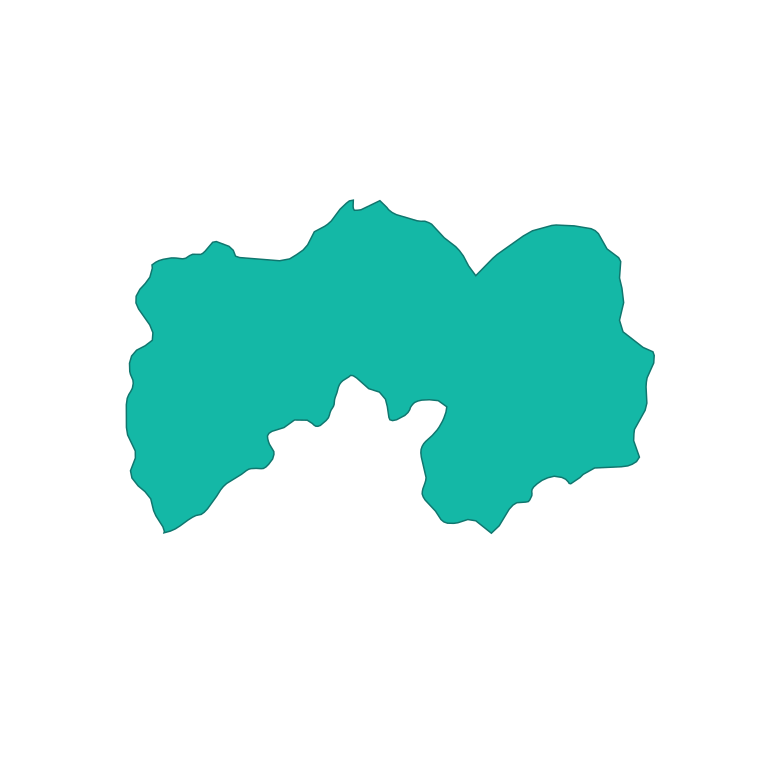 an SVG outline of Nuristan, rotated 207°
{"feature_id": "AFG-1761", "entity_name": "Nuristan", "entity_type": "Province", "adm_level": 1, "iso_a3": "AFG", "parent_name": "Afghanistan", "parent_adm1": "", "projection": "equal_earth", "projection_center": [70.816, 35.467], "detail": "fine", "context": "isolated", "style": "filled", "palette": "teal", "viewbox_px": 768, "rotation_deg": 207, "n_neighbors": 0, "source": "natural_earth", "source_scale": "10m", "svg_char_len": 3255}
<svg xmlns="http://www.w3.org/2000/svg" viewBox="0 0 768 768"><g transform="rotate(207 384 384)"><path d="M512.5,151.5L512.8,153.0L516.2,156.4L527.4,163.0L531.8,166.6L539.7,175.8L548.1,179.6L556.8,181.6L565.9,185.8L570.5,191.6L571.9,205.1L575.2,211.4L589.3,222.2L593.8,228.4L604.2,248.6L606.3,254.7L606.6,258.8L606.3,262.3L606.3,266.0L607.7,270.7L609.5,273.5L614.2,277.4L616.2,279.7L620.2,287.0L621.6,294.3L619.8,301.8L614.2,309.6L610.3,317.8L613.2,324.8L619.5,330.3L636.7,339.4L641.8,343.6L644.7,349.7L644.5,357.6L642.4,365.0L641.1,372.9L643.0,382.0L644.8,384.8L642.6,389.0L640.5,391.8L637.4,394.8L630.7,399.8L626.8,401.7L620.3,404.1L617.8,406.0L615.5,410.1L613.4,412.7L606.1,416.3L604.8,418.2L603.7,421.1L601.0,432.5L598.1,434.8L584.6,436.3L579.0,434.7L574.3,430.5L570.1,431.1L533.0,446.4L524.9,452.6L520.6,459.6L516.9,466.6L515.2,473.3L515.2,488.0L508.5,497.5L506.8,500.6L505.0,505.2L502.5,519.8L499.6,528.0L498.0,531.4L494.8,533.9L492.2,528.3L490.9,526.4L489.3,525.3L486.3,526.9L483.6,528.8L470.9,545.5L461.6,542.6L459.1,541.4L454.7,540.5L449.9,540.5L428.8,544.4L425.1,545.7L421.5,547.6L417.2,548.1L414.1,548.0L396.7,541.6L382.4,538.9L377.4,537.1L371.4,534.1L362.2,527.6L351.4,522.2L344.1,545.4L341.9,550.9L327.1,579.1L321.3,587.9L306.4,601.5L302.8,603.8L286.2,611.3L270.0,616.4L265.5,616.5L261.2,615.3L246.6,605.6L232.3,603.1L228.7,600.6L222.3,585.4L215.5,577.4L207.4,565.3L203.1,547.7L194.7,539.0L169.8,534.2L159.0,534.8L156.2,532.1L153.2,525.2L152.4,509.0L151.1,504.8L149.2,500.4L141.1,486.3L139.4,479.1L140.2,457.2L138.7,453.1L135.8,446.8L123.2,434.8L123.8,429.5L126.4,425.2L129.6,421.7L135.0,418.0L158.2,404.8L165.5,393.9L166.9,389.7L172.3,379.9L173.9,379.5L175.6,380.5L178.8,381.6L183.2,381.5L190.5,379.1L195.5,374.8L199.4,370.0L202.2,364.7L203.9,360.2L204.2,357.2L203.5,355.2L202.4,353.5L201.6,351.6L201.5,346.9L202.0,344.8L204.0,343.2L211.8,338.5L214.1,334.7L215.6,329.3L217.0,309.9L220.6,299.8L240.1,303.8L247.8,301.3L255.2,293.9L258.6,291.5L264.3,288.8L268.1,288.3L271.7,289.1L280.4,294.1L294.7,299.3L297.8,301.2L300.1,303.4L301.1,305.8L301.8,308.3L302.5,314.0L303.0,316.8L304.0,319.7L317.6,335.9L319.9,339.4L321.2,342.4L321.7,345.8L321.5,348.9L320.8,351.7L317.6,360.1L315.8,367.1L315.3,370.7L315.0,377.4L315.2,381.0L316.0,387.0L317.7,392.2L328.1,393.8L336.4,390.6L343.0,386.8L346.1,384.2L348.3,381.5L349.1,379.3L349.6,377.1L349.8,375.0L349.4,372.9L349.7,369.5L351.1,365.6L356.5,357.9L359.7,355.3L362.5,354.8L364.5,356.5L370.8,365.4L375.8,371.1L384.4,374.7L395.5,372.9L411.2,377.0L415.3,377.4L417.7,376.5L418.4,374.7L422.2,368.3L423.0,366.0L423.4,363.3L423.2,360.3L422.0,354.9L421.4,349.8L420.9,347.5L419.2,343.2L418.9,341.1L419.3,336.6L419.1,334.1L418.5,331.3L418.2,328.7L419.0,325.2L421.9,318.2L423.7,316.3L425.7,315.4L427.8,315.6L430.0,316.3L436.0,316.9L447.4,311.3L453.3,299.8L462.3,291.0L464.1,287.9L464.3,284.9L462.8,282.5L460.9,280.3L458.7,278.3L451.5,273.8L450.1,271.3L449.2,266.6L450.3,260.2L451.5,256.5L453.1,254.0L455.0,252.8L459.6,250.8L464.1,248.2L465.9,246.6L467.3,244.4L470.0,238.8L479.0,224.0L480.6,219.7L481.5,215.5L482.2,207.9L484.6,192.6L486.0,188.0L487.7,184.8L491.8,181.5L494.2,178.3L496.8,173.9L501.3,165.0L504.2,160.1L507.7,155.8L512.5,151.5L512.5,151.5Z" fill="#14b8a6" stroke="#0f766e" stroke-width="1.5"/></g></svg>